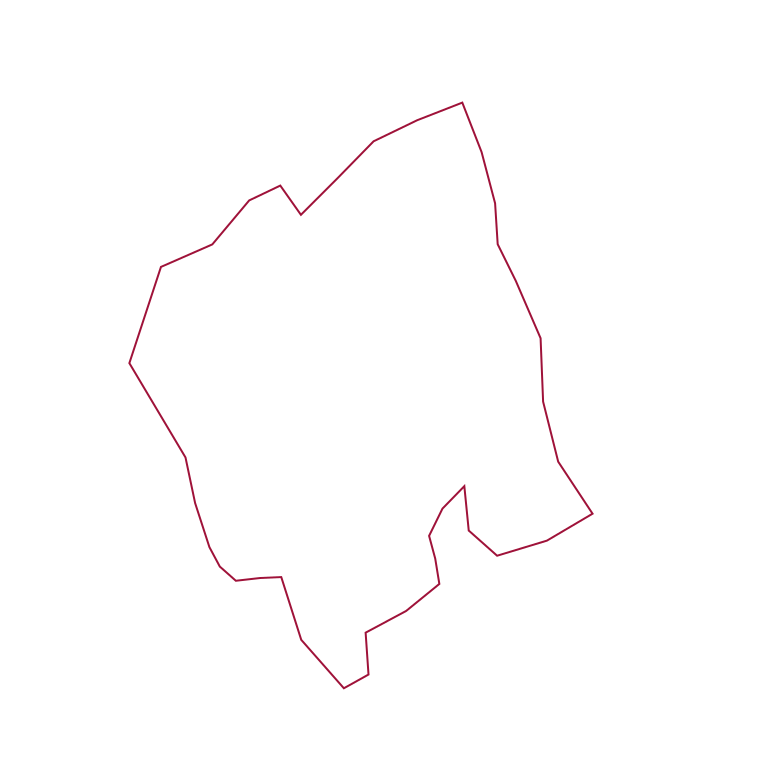 map outline of Valverde (Mercator projection), rotated 49°
{"feature_id": "DOM-1392", "entity_name": "Valverde", "entity_type": "Province", "adm_level": 1, "iso_a3": "DOM", "parent_name": "Dominican Republic", "parent_adm1": "", "projection": "mercator", "projection_center": [-71.013, 19.595], "detail": "fine", "context": "isolated", "style": "outline", "palette": "rose", "viewbox_px": 768, "rotation_deg": 49, "n_neighbors": 0, "source": "natural_earth", "source_scale": "10m", "svg_char_len": 633}
<svg xmlns="http://www.w3.org/2000/svg" viewBox="0 0 768 768"><g transform="rotate(49 384 384)"><path d="M201.8,335.7L198.2,284.1L194.0,232.6L206.7,185.9L223.0,140.3L273.0,158.2L320.5,181.6L353.1,206.5L392.7,216.9L452.2,235.8L501.7,275.5L556.9,303.5L618.7,311.7L609.1,363.8L587.8,411.3L550.2,416.2L513.8,390.4L516.4,421.6L528.2,449.6L549.4,459.9L571.2,473.4L569.8,516.2L559.6,561.0L593.1,586.3L587.3,613.9L522.8,614.3L462.3,588.2L449.2,604.7L435.3,624.9L414.1,627.7L392.6,622.8L350.0,604.7L309.2,582.0L201.2,562.5L149.3,475.5L166.0,422.0L157.0,365.3L166.2,332.1L201.8,335.7Z" fill="none" stroke="#9f1239" stroke-width="2"/></g></svg>